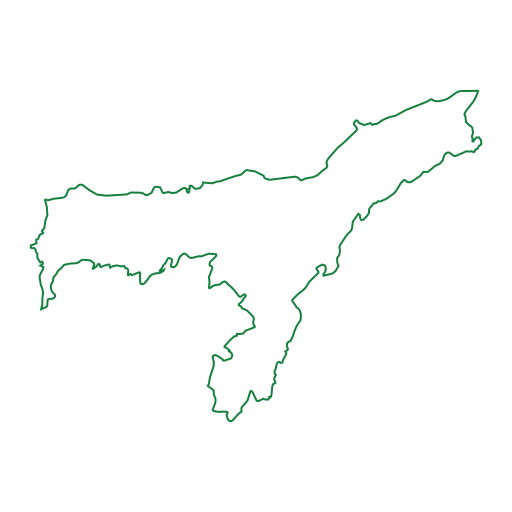 map outline of Assam (Natural Earth projection)
{"feature_id": "IND-2477", "entity_name": "Assam", "entity_type": "State", "adm_level": 1, "iso_a3": "IND", "parent_name": "India", "parent_adm1": "", "projection": "natural_earth1", "projection_center": [92.64, 26.061], "detail": "fine", "context": "isolated", "style": "outline", "palette": "green", "viewbox_px": 512, "rotation_deg": 0, "n_neighbors": 0, "source": "natural_earth", "source_scale": "10m", "svg_char_len": 6027}
<svg xmlns="http://www.w3.org/2000/svg" viewBox="0 0 512 512"><path d="M45.4,199.5L47.7,200.2L49.2,200.0L53.7,198.7L61.8,197.9L64.5,197.0L66.3,195.3L68.1,190.1L70.5,188.5L74.4,188.5L75.7,188.0L78.8,185.1L80.3,184.6L82.6,185.0L89.2,190.1L97.1,194.6L106.3,195.7L126.9,194.4L130.8,192.5L140.4,192.7L142.9,193.3L145.9,195.1L147.4,195.0L150.9,193.3L151.8,192.3L153.9,187.9L155.2,186.9L156.2,186.8L160.1,187.3L162.4,192.2L163.3,193.1L168.5,192.0L171.6,193.0L176.2,192.6L182.8,188.3L184.9,187.9L186.2,188.7L186.8,191.3L187.6,192.5L188.7,192.6L189.3,191.6L189.2,190.2L188.3,189.1L189.9,188.3L189.7,185.9L190.8,185.6L192.0,186.1L194.3,188.2L195.5,188.9L199.8,188.2L202.4,185.4L203.0,182.5L212.2,183.3L217.0,181.6L220.6,181.3L223.2,180.1L236.1,175.8L240.2,175.0L242.7,173.3L245.4,170.6L246.8,170.1L255.0,171.4L263.6,175.7L264.3,177.6L265.7,178.7L269.6,179.8L294.7,176.7L296.5,177.0L297.9,177.7L300.8,180.3L302.2,180.1L305.4,178.5L312.9,177.2L317.4,175.3L322.0,171.0L326.7,167.6L327.3,166.0L326.6,163.7L326.7,161.5L328.1,158.8L337.7,147.8L343.6,142.8L356.1,130.8L357.1,128.9L356.5,127.5L354.2,124.7L353.9,123.4L354.3,122.2L356.0,120.4L356.6,120.3L357.7,121.1L359.3,123.2L361.7,123.9L363.8,125.1L370.6,123.1L372.4,125.0L374.2,124.0L376.1,124.1L378.2,123.2L381.8,120.5L385.7,118.6L389.9,117.0L395.3,115.8L405.9,110.0L426.9,101.7L431.0,99.2L435.4,101.1L438.3,101.3L444.3,100.0L447.9,98.6L456.9,92.2L460.1,91.1L477.5,90.8L478.2,91.2L475.8,97.2L473.2,101.8L467.0,109.6L465.2,112.4L464.4,114.4L465.3,116.3L466.1,122.1L468.9,125.0L471.3,126.5L472.4,128.1L473.0,133.2L471.9,136.2L472.0,137.2L472.7,138.3L472.3,140.7L472.5,141.4L472.9,141.6L473.5,141.1L476.2,137.6L478.9,137.3L481.1,140.4L481.3,143.6L481.0,144.6L478.8,146.1L477.6,148.7L475.4,149.7L474.5,151.6L473.7,152.2L471.4,151.2L469.6,151.6L466.4,151.3L455.4,156.1L453.8,155.9L449.4,152.6L447.6,152.5L445.9,153.4L444.3,155.1L442.6,160.7L439.8,163.7L435.1,165.9L428.4,171.6L426.7,172.1L424.0,171.8L423.0,172.2L420.5,175.7L411.2,181.9L409.8,182.3L407.5,182.0L405.0,180.2L404.0,180.0L400.9,183.0L395.7,191.6L393.3,193.9L386.5,198.7L380.7,201.4L378.0,201.3L376.0,203.1L373.6,203.4L369.5,208.5L369.1,209.6L369.0,212.8L367.3,215.6L363.7,219.4L362.4,220.1L361.0,219.8L360.3,218.6L359.8,214.9L358.3,213.8L353.0,221.5L352.6,223.0L352.2,227.5L351.3,230.4L346.5,235.3L339.8,245.5L339.4,247.2L340.0,250.0L339.4,254.7L337.4,257.8L337.1,259.0L337.3,262.6L338.5,265.9L335.6,271.0L332.5,273.5L323.6,275.7L323.3,274.4L325.3,271.4L325.8,269.5L325.6,267.1L324.8,265.4L322.1,264.6L316.9,267.5L316.4,268.8L318.5,271.9L318.4,272.9L309.5,281.5L305.5,287.8L302.2,290.9L298.1,294.0L292.3,299.9L292.2,300.8L292.5,301.5L295.6,305.6L296.5,307.3L298.7,308.9L299.8,310.7L300.9,314.2L300.7,319.2L300.2,320.9L298.4,323.1L296.3,326.7L294.3,331.6L292.9,336.1L290.5,341.1L288.3,341.9L287.0,343.7L286.8,346.0L288.0,349.0L287.2,350.3L285.3,351.5L286.2,352.9L286.3,354.0L283.1,359.8L282.5,362.4L281.2,363.0L278.9,361.8L277.5,362.6L276.7,364.1L275.7,368.7L274.5,371.8L274.8,373.9L275.9,374.8L274.0,378.8L275.5,382.9L274.8,383.5L273.6,383.7L272.9,384.4L272.1,387.5L271.6,394.2L270.9,396.8L269.2,396.9L269.6,398.1L267.8,399.7L264.3,399.3L263.3,398.7L258.6,401.0L256.7,400.8L252.9,392.8L251.6,391.1L251.0,390.9L250.2,391.9L247.5,400.6L242.0,407.0L241.4,408.2L241.5,411.8L239.0,413.3L232.8,420.2L231.2,421.2L229.3,420.9L227.8,419.1L226.6,415.5L227.6,412.6L227.2,411.9L223.3,411.6L218.3,411.9L213.5,411.0L212.7,409.6L215.1,403.4L215.6,400.8L215.4,398.4L213.9,394.8L213.7,391.2L213.3,389.9L207.7,385.9L208.7,384.4L210.1,376.9L213.7,365.8L213.8,361.7L212.6,357.5L212.9,356.0L215.0,355.0L217.7,356.0L222.6,359.3L223.0,360.3L224.2,360.7L231.1,358.4L232.3,355.7L231.5,352.9L229.1,351.3L229.7,350.7L229.4,350.3L226.4,347.8L224.6,347.2L224.5,346.3L229.4,340.8L233.4,337.1L235.1,336.1L236.8,335.8L237.0,333.9L239.9,334.0L243.3,333.5L245.5,330.7L254.4,327.3L254.9,326.7L253.6,324.7L253.1,322.6L253.9,318.8L253.3,316.9L247.0,310.4L242.4,308.5L241.2,306.6L238.9,305.3L238.7,304.7L239.0,304.1L242.4,301.0L243.9,298.3L245.4,296.6L245.7,295.8L245.3,294.6L243.8,294.5L241.1,296.4L240.1,296.8L239.3,296.6L234.2,290.2L231.1,286.9L227.9,284.4L226.6,282.5L224.3,281.4L222.3,282.4L219.6,284.6L216.1,284.9L213.3,285.7L209.8,288.2L209.3,288.2L209.0,287.8L209.5,282.2L209.0,276.9L212.4,268.2L211.9,266.5L209.9,265.7L209.6,264.8L209.7,263.0L210.2,261.9L215.8,256.5L216.4,255.0L216.0,254.2L208.8,253.7L201.0,256.4L198.7,256.2L191.7,258.0L189.4,257.5L186.4,254.5L184.8,253.6L183.5,253.7L182.5,254.2L179.6,257.2L177.1,264.0L175.4,266.3L173.9,267.2L171.7,267.0L171.0,266.4L171.1,264.6L172.0,261.3L172.0,259.9L171.5,259.0L169.2,258.0L168.2,258.3L167.5,259.0L165.8,262.6L163.3,265.4L161.8,268.2L159.7,270.7L159.9,271.1L161.4,271.3L164.0,269.7L163.6,270.8L159.7,273.1L155.7,273.3L151.7,274.7L149.5,276.6L148.4,278.5L145.2,282.5L143.9,283.7L141.8,284.3L140.8,283.8L140.2,281.7L139.9,277.2L140.2,273.5L140.0,272.5L138.8,272.4L131.9,275.2L130.4,273.9L128.3,275.3L127.9,275.0L127.8,274.3L128.2,272.0L128.2,269.9L127.1,268.5L125.2,267.9L124.3,266.1L120.8,266.3L116.8,265.4L112.9,266.1L110.3,267.7L109.7,266.8L109.5,264.7L108.6,264.5L104.2,265.6L100.8,267.1L100.1,266.5L99.6,264.3L98.4,263.9L96.2,266.6L93.0,268.9L92.8,268.8L92.9,268.0L94.3,264.6L93.8,262.9L90.2,260.4L83.3,259.8L81.6,260.0L78.1,262.6L75.0,263.4L70.5,263.5L64.7,264.7L63.6,265.3L61.4,268.0L57.9,271.0L56.4,273.9L53.6,277.2L52.7,281.6L51.0,284.7L50.7,286.6L51.3,289.8L52.5,292.2L54.9,294.7L55.2,295.6L54.8,297.1L52.5,298.8L49.2,298.8L48.0,299.4L47.6,300.5L47.3,305.3L46.5,306.9L41.2,309.2L42.3,304.9L42.4,298.5L43.1,292.5L42.4,289.1L40.8,284.8L39.6,277.1L39.9,275.0L43.0,269.1L43.3,267.1L40.3,265.6L42.7,264.2L42.9,263.0L41.9,261.6L40.6,262.5L40.1,262.3L37.8,258.5L37.4,257.7L37.4,254.1L35.9,251.5L35.2,248.8L34.3,248.1L31.8,248.1L30.7,247.5L30.9,245.3L33.0,244.8L36.4,243.2L36.6,242.6L36.1,240.4L36.2,239.8L38.1,238.8L39.7,234.9L43.1,233.2L43.2,232.7L42.1,231.5L42.1,230.4L44.2,228.6L45.3,221.0L46.4,217.6L47.4,215.7L46.8,206.8L45.1,200.6L45.4,199.5Z" fill="none" stroke="#15803d" stroke-width="2"/></svg>